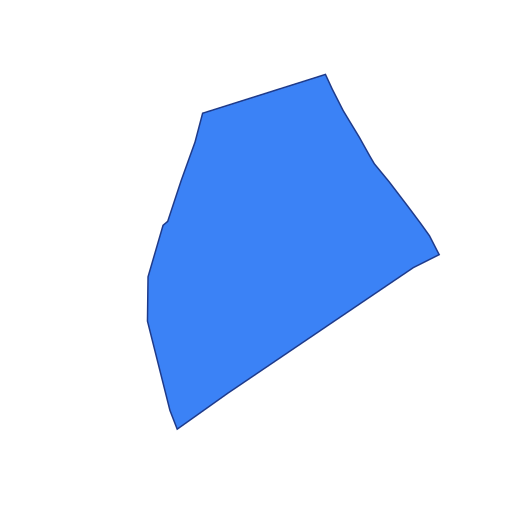 George Charles Boulevard, Castries, Saint Lucia (Equal Earth projection), rotated 42°
{"feature_id": "8701671B10607749601803", "entity_name": "George Charles Boulevard", "entity_type": "district", "adm_level": 2, "iso_a3": "LCA", "parent_name": "Saint Lucia", "parent_adm1": "Castries", "projection": "equal_earth", "projection_center": [-60.987, 14.005], "detail": "fine", "context": "isolated", "style": "filled", "palette": "blue", "viewbox_px": 512, "rotation_deg": 42, "n_neighbors": 0, "source": "geoboundaries", "source_scale": "gbopen_adm2", "svg_char_len": 489}
<svg xmlns="http://www.w3.org/2000/svg" viewBox="0 0 512 512"><g transform="rotate(42 256 256)"><path d="M391.2,132.4L388.7,131.5L381.1,128.6L371.4,124.9L356.8,121.7L336.2,117.6L305.4,111.8L282.2,108.3L273.4,105.5L253.2,98.6L235.9,93.4L223.4,89.6L200.8,80.9L186.1,74.6L120.8,185.6L134.5,212.2L150.0,250.2L167.2,289.3L166.4,295.4L189.7,343.7L218.9,377.0L295.3,428.3L313.3,437.4L326.8,377.0L356.0,259.0L380.7,159.3L391.2,132.4Z" fill="#3b82f6" stroke="#1e3a8a" stroke-width="1.5"/></g></svg>